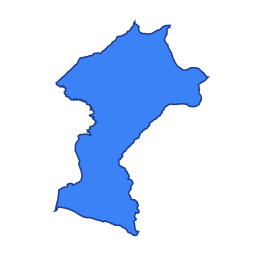 outline of Sapuyes, Nariño, Colombia, rotated 95°
{"feature_id": "7082276B44566424011980", "entity_name": "Sapuyes", "entity_type": "district", "adm_level": 2, "iso_a3": "COL", "parent_name": "Colombia", "parent_adm1": "Nariño", "projection": "natural_earth1", "projection_center": [-77.678, 1.042], "detail": "fine", "context": "isolated", "style": "filled", "palette": "blue", "viewbox_px": 256, "rotation_deg": 95, "n_neighbors": 0, "source": "geoboundaries", "source_scale": "gbopen_adm2", "svg_char_len": 5929}
<svg xmlns="http://www.w3.org/2000/svg" viewBox="0 0 256 256"><g transform="rotate(95 128 128)"><path d="M217.0,193.7L216.6,192.5L215.3,191.6L213.4,191.1L212.7,190.5L213.3,183.1L213.7,181.2L214.5,178.0L216.1,173.7L219.5,167.1L220.5,164.1L220.9,160.3L220.4,157.5L221.2,156.3L221.2,154.8L222.0,152.1L222.8,147.1L223.6,144.5L223.2,143.4L222.5,142.7L223.2,140.8L223.8,137.8L224.7,136.5L224.9,134.7L226.1,132.2L225.6,129.9L225.8,128.8L225.8,127.3L226.4,126.1L227.2,125.4L228.2,122.0L228.9,121.1L229.5,120.9L230.0,119.9L231.4,119.4L232.1,118.6L232.3,118.1L232.0,116.8L234.1,113.9L234.4,112.5L234.5,111.4L233.7,109.8L233.2,110.2L232.2,109.3L230.2,108.4L230.0,110.7L229.3,111.4L227.1,112.5L224.9,112.7L223.4,113.2L222.6,113.2L221.1,114.1L220.1,113.8L218.6,112.0L218.2,111.9L217.4,112.4L216.4,113.6L214.6,113.7L211.6,113.1L211.4,112.5L212.1,111.5L212.1,111.1L211.7,110.4L210.8,109.7L209.2,110.0L208.2,111.4L206.8,112.2L205.3,111.2L204.2,111.1L203.6,111.8L203.0,111.4L202.1,112.5L201.1,112.1L199.0,115.2L199.0,118.2L198.6,118.8L197.2,119.0L196.3,119.8L195.3,120.0L193.5,122.0L192.6,121.6L191.7,121.6L188.3,119.6L187.8,119.6L187.0,120.3L186.3,120.3L183.1,118.4L181.8,118.4L180.5,119.2L179.7,120.0L178.9,121.6L179.0,123.3L178.8,123.7L178.4,123.6L178.0,123.1L176.3,122.6L175.4,123.0L174.3,123.2L173.9,123.7L173.4,124.9L172.1,124.8L171.1,125.7L170.7,126.9L169.2,126.9L168.5,127.4L168.0,128.2L167.9,130.2L166.9,130.7L166.4,132.7L165.5,133.7L162.9,134.0L162.0,134.4L161.3,134.3L160.4,133.8L159.9,132.9L159.0,132.7L158.5,131.9L157.6,131.8L156.9,130.8L156.5,130.9L155.9,131.5L155.2,131.6L152.4,130.0L151.7,130.0L151.2,128.4L149.3,127.6L147.8,126.5L147.3,125.6L145.8,125.0L145.4,123.8L144.6,123.9L143.6,123.2L143.4,122.4L142.7,122.0L142.1,121.2L141.6,120.9L139.6,120.7L138.9,120.2L138.3,118.8L137.6,118.0L137.5,117.2L136.9,116.5L136.3,116.2L135.4,116.4L133.8,115.6L132.0,115.3L131.0,113.7L129.0,112.9L128.7,111.8L127.8,111.3L126.9,109.2L125.2,108.2L124.4,107.2L122.9,106.7L122.1,107.4L121.6,106.8L120.7,106.5L120.2,105.5L119.4,105.1L119.1,104.3L117.2,102.7L116.8,101.1L116.3,101.0L115.8,100.1L114.6,99.6L113.7,98.6L113.2,97.4L109.5,95.3L107.9,95.3L106.6,93.9L104.7,93.3L103.1,91.9L101.1,89.3L100.5,87.6L100.3,85.9L100.6,85.5L100.6,84.7L99.2,76.3L99.2,71.8L100.4,70.1L101.1,68.3L101.1,64.9L100.5,62.3L98.5,59.4L97.8,59.0L95.8,58.5L94.3,57.6L93.0,57.5L89.7,58.1L89.0,58.6L87.0,60.6L83.7,60.2L78.5,61.5L77.4,60.3L74.1,55.6L70.3,52.5L70.3,53.5L70.1,54.1L66.6,57.5L65.0,59.9L63.1,62.1L62.4,63.7L62.2,64.8L62.4,70.2L63.6,72.6L64.7,73.5L64.8,74.8L65.5,76.6L65.6,78.1L63.4,81.4L62.9,82.8L60.8,85.3L58.5,86.9L53.8,89.6L52.1,90.2L51.0,91.0L49.2,91.2L48.3,92.2L46.9,92.9L45.4,94.3L44.1,95.0L42.1,95.4L40.0,97.6L37.3,99.3L36.1,99.3L35.5,99.0L34.3,99.0L31.9,97.7L30.6,97.3L29.8,97.6L28.6,97.5L26.4,97.8L25.2,97.0L23.8,95.1L22.0,95.0L22.4,96.8L22.5,98.6L23.3,100.8L24.4,102.5L26.8,104.3L27.9,106.2L28.0,107.4L28.9,108.1L29.6,109.8L30.3,110.2L31.1,111.4L32.3,113.7L32.4,114.9L32.2,115.5L33.0,116.8L32.5,118.3L32.4,119.6L32.6,120.2L32.5,120.9L32.8,121.3L32.8,121.9L32.1,122.7L32.0,124.0L31.0,125.2L29.7,125.5L28.9,126.2L26.0,125.9L22.8,130.6L22.5,130.8L21.5,130.6L21.7,130.8L22.4,131.3L23.7,131.2L25.3,131.7L26.1,131.7L27.1,132.8L29.3,134.2L30.8,134.5L31.9,137.0L32.7,137.5L33.4,137.3L33.7,137.5L35.6,140.3L36.0,141.3L37.1,142.3L37.3,143.0L37.1,143.8L38.1,146.7L40.8,147.6L42.6,149.1L43.9,151.0L44.5,151.5L45.9,151.5L46.4,152.6L47.7,153.8L48.3,155.0L50.4,156.4L51.3,157.5L52.1,157.7L52.6,158.7L53.6,159.5L54.3,160.6L55.1,160.9L56.1,161.8L55.8,164.5L56.4,165.8L56.6,168.2L58.0,169.6L58.7,169.7L58.9,170.1L59.4,171.5L59.3,172.7L60.3,173.8L60.7,176.5L61.4,177.1L61.7,179.3L62.2,180.0L62.1,180.4L62.3,180.6L62.4,181.7L63.4,182.4L68.9,184.6L69.6,185.7L75.4,190.5L77.5,192.8L81.2,195.5L83.7,198.3L87.8,201.7L89.4,203.5L90.6,203.0L91.0,202.1L91.3,202.3L92.1,200.3L92.9,199.5L92.7,197.8L91.8,197.3L92.5,196.9L92.2,196.3L92.8,196.3L92.9,196.0L92.3,195.5L92.8,194.8L93.4,194.5L93.2,194.1L93.4,193.9L94.1,193.4L94.5,193.5L94.9,193.3L95.3,193.6L96.0,193.4L96.7,193.9L97.3,194.0L97.8,194.6L99.6,194.1L100.7,192.2L101.3,192.6L102.1,192.3L102.1,191.1L102.5,190.5L102.3,189.7L103.1,189.1L103.3,188.3L104.0,188.3L104.3,187.3L104.8,187.2L104.9,186.7L104.5,185.5L104.9,184.7L104.2,184.6L103.7,184.1L103.9,183.9L104.4,184.1L104.6,183.9L104.0,183.0L104.3,182.4L103.6,182.1L104.6,181.4L104.1,180.7L104.3,180.0L103.8,179.3L104.4,178.5L103.7,178.0L103.6,177.5L104.4,177.2L104.0,176.4L105.0,176.1L104.8,175.1L105.5,175.0L105.4,173.6L105.9,172.9L105.7,172.6L104.9,172.9L104.9,172.3L106.3,171.9L107.4,170.7L107.8,171.1L108.2,171.0L107.9,170.3L108.1,168.6L108.8,168.4L109.1,167.3L110.0,167.3L110.9,165.7L111.2,165.7L111.1,166.6L111.3,166.9L112.0,166.4L112.3,166.9L113.2,167.2L113.2,166.9L112.5,166.4L112.5,166.0L113.2,165.4L113.4,164.5L114.0,164.3L114.4,163.5L115.5,163.2L116.4,163.5L117.8,165.0L118.3,167.0L118.8,167.4L119.2,167.3L119.4,166.8L119.3,165.6L119.9,164.7L119.9,163.1L120.2,163.0L120.9,164.1L121.5,162.9L122.2,163.4L122.8,162.1L123.9,161.6L124.0,160.9L124.5,160.8L124.5,160.4L124.8,160.1L125.4,160.3L126.6,161.6L127.7,161.6L128.2,162.6L129.2,162.9L129.6,164.9L130.2,166.0L131.1,166.2L132.5,165.8L132.8,166.5L133.5,166.9L133.8,168.4L134.6,167.6L135.5,168.0L135.8,167.6L135.5,166.5L135.7,166.1L136.6,165.8L137.8,164.3L138.2,164.3L138.5,164.5L137.7,169.9L138.5,172.8L138.6,174.6L139.1,175.7L139.9,176.6L140.7,177.0L142.8,176.0L143.8,176.2L145.2,176.8L146.8,178.1L149.0,178.8L155.4,178.6L157.0,177.4L158.8,176.7L160.1,175.7L162.1,175.0L164.2,173.5L165.7,173.4L167.1,173.9L168.4,173.8L173.6,171.5L174.4,170.8L176.1,170.7L177.5,170.0L179.8,169.6L183.8,170.1L184.4,170.4L186.4,172.4L187.3,174.3L188.3,175.3L188.9,176.9L189.8,177.6L188.5,178.8L188.1,179.5L188.8,182.6L189.8,183.7L191.0,183.1L191.7,183.4L192.4,184.8L192.4,186.3L194.1,189.4L195.4,190.7L195.7,191.4L204.8,191.5L212.3,192.8L215.2,192.9L216.3,193.2L217.0,193.7Z" fill="#3b82f6" stroke="#1e3a8a" stroke-width="1.5"/></g></svg>